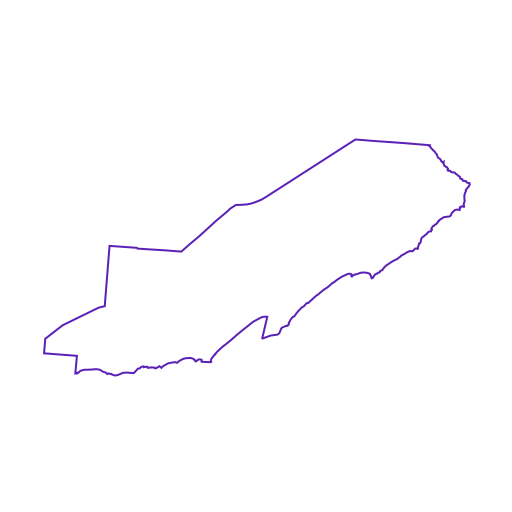 Bayside (Vic.), Victoria, Australia, rotated 266°
{"feature_id": "25037944B24270951064752", "entity_name": "Bayside (Vic.)", "entity_type": "district", "adm_level": 2, "iso_a3": "AUS", "parent_name": "Australia", "parent_adm1": "Victoria", "projection": "orthographic", "projection_center": [145.013, -37.94], "detail": "fine", "context": "isolated", "style": "outline", "palette": "violet", "viewbox_px": 512, "rotation_deg": 266, "n_neighbors": 0, "source": "geoboundaries", "source_scale": "gbopen_adm2", "svg_char_len": 6132}
<svg xmlns="http://www.w3.org/2000/svg" viewBox="0 0 512 512"><g transform="rotate(266 256 256)"><path d="M151.6,67.6L152.0,68.8L151.2,69.1L151.3,69.7L152.2,70.7L152.5,71.4L153.0,71.9L153.4,72.4L153.8,73.1L154.5,76.7L154.3,79.7L154.2,85.0L154.3,85.8L154.2,86.6L154.3,88.4L154.0,90.0L153.7,91.5L153.1,92.7L152.8,93.4L151.9,94.3L151.5,94.9L150.9,96.0L150.5,97.3L149.9,98.4L149.5,98.8L148.6,99.4L148.6,99.7L148.9,100.1L149.1,100.6L149.1,101.1L148.2,103.3L148.3,103.7L147.8,104.2L146.7,106.7L146.7,108.6L146.9,109.2L147.0,110.1L148.7,115.2L148.7,116.7L148.8,118.4L148.7,119.1L148.6,119.9L148.5,120.6L148.3,121.4L148.0,123.9L147.7,125.4L147.9,126.2L149.3,127.6L150.6,129.1L151.6,130.0L151.9,130.5L151.9,131.2L151.8,131.7L152.6,132.8L153.2,133.7L153.6,134.8L153.7,135.5L153.7,136.2L153.5,136.4L152.9,136.4L153.1,137.6L153.2,139.6L153.0,139.9L152.0,140.2L152.1,141.7L152.0,143.4L152.2,143.9L151.7,147.0L151.2,147.2L150.9,147.7L151.0,148.3L151.5,149.4L151.8,150.1L152.8,152.0L151.0,153.9L152.0,154.8L153.1,156.5L153.6,157.8L154.9,160.4L155.1,161.1L155.5,164.2L155.6,165.7L155.7,166.5L155.7,168.1L155.4,168.8L155.0,169.3L155.0,170.0L156.3,171.5L158.1,175.2L158.6,177.0L159.0,179.4L158.9,180.9L158.9,181.8L158.9,182.6L158.7,184.0L158.4,185.0L157.8,186.2L157.0,187.4L156.4,187.4L156.1,188.0L155.7,188.3L155.1,188.3L155.1,189.0L156.3,190.6L156.6,191.2L156.8,191.9L156.8,192.8L156.7,193.5L156.4,194.1L156.0,194.6L154.8,194.3L154.4,194.3L154.2,194.9L153.9,197.5L153.6,200.2L153.5,201.0L153.2,203.5L153.5,203.8L153.7,203.5L155.0,203.7L156.3,204.2L156.9,204.6L161.1,208.4L160.9,208.6L162.8,210.1L166.4,214.5L168.3,217.0L168.8,217.7L169.3,218.6L172.4,223.1L174.9,226.5L178.4,231.1L182.5,236.8L190.4,248.3L191.0,249.4L194.2,256.5L194.8,258.5L194.8,261.1L194.6,263.0L173.8,256.6L173.6,256.5L173.4,256.6L173.3,256.8L173.3,257.0L175.6,265.0L176.1,271.9L176.4,272.6L176.9,273.3L177.6,274.0L181.7,276.0L182.5,276.6L182.7,277.1L184.3,281.3L184.2,281.5L184.3,281.7L184.1,282.1L184.1,282.4L184.2,282.7L184.5,282.9L185.1,283.3L185.3,283.8L185.6,284.0L187.2,284.1L187.6,284.6L188.2,284.9L189.4,285.6L191.0,286.9L192.0,287.8L192.9,288.8L192.9,289.5L193.2,290.1L195.6,292.0L196.1,292.5L197.6,293.8L199.8,296.3L200.8,297.3L201.2,297.8L201.6,298.3L202.2,299.6L202.5,300.3L203.5,301.2L205.3,303.1L205.5,303.7L205.4,304.7L205.9,305.2L206.7,306.3L208.6,308.8L211.1,311.9L212.7,314.1L213.3,315.4L215.4,318.1L216.5,319.8L217.8,321.4L218.0,322.1L218.4,322.7L219.4,324.5L220.9,326.8L223.0,329.4L223.8,330.6L224.1,330.9L224.2,331.3L224.2,331.9L224.2,332.0L225.1,333.0L226.3,334.7L227.1,336.1L228.0,337.8L228.4,338.3L229.6,340.8L230.4,343.0L231.2,344.9L231.8,347.0L231.8,347.7L231.6,348.9L231.1,349.9L230.8,350.1L230.4,350.4L230.0,350.3L229.7,350.0L229.4,349.7L229.0,349.9L228.9,350.3L229.1,350.4L229.5,350.5L229.8,350.7L229.9,351.3L229.8,351.8L230.4,352.6L230.8,353.7L230.7,354.9L231.2,356.6L231.8,358.4L232.0,359.0L232.0,360.4L232.0,362.7L231.9,363.3L231.4,365.7L231.1,366.7L230.6,367.7L230.4,368.2L229.9,368.5L229.5,368.4L228.3,369.2L227.4,369.5L226.1,369.6L225.6,370.1L225.8,370.7L226.2,371.0L226.5,371.4L227.5,372.2L227.8,372.2L228.2,372.5L228.5,372.9L229.0,373.3L229.4,373.8L229.5,374.4L229.8,374.7L229.9,375.4L230.7,376.3L230.8,377.0L230.8,377.6L231.0,378.1L232.0,378.5L232.7,379.7L233.1,381.0L233.7,381.4L235.7,383.2L236.6,384.2L237.4,385.3L238.2,386.4L238.8,387.7L240.2,390.0L240.9,391.3L241.8,393.2L242.9,395.9L243.0,396.6L243.4,397.1L243.9,397.6L244.3,398.2L244.6,398.8L244.9,399.5L245.8,400.4L246.6,401.6L247.6,404.1L249.1,406.8L249.4,407.6L250.2,409.8L249.8,412.3L249.9,412.7L252.2,415.2L252.3,416.3L252.1,417.1L251.8,417.7L252.1,418.1L253.1,418.0L257.2,419.7L257.1,420.2L257.2,420.3L257.4,420.6L258.3,421.1L258.7,421.4L260.2,421.6L262.2,422.4L262.7,422.8L263.6,423.9L263.8,424.6L265.4,426.7L266.1,427.9L266.6,428.4L267.2,428.6L267.6,429.1L268.2,430.4L268.4,431.2L268.4,432.4L268.9,432.5L270.0,433.3L270.4,432.8L271.0,432.8L273.2,434.4L273.6,434.9L273.8,435.7L274.7,436.7L275.3,438.0L275.7,438.5L276.3,438.8L276.6,439.5L277.8,440.1L277.9,440.6L278.5,440.8L278.8,441.4L279.3,441.8L279.6,442.5L280.0,443.0L280.6,444.5L281.1,444.9L281.6,446.3L281.7,447.1L281.8,449.2L281.9,450.1L281.9,451.0L282.0,451.8L282.3,452.5L282.8,453.0L283.3,453.4L284.6,454.0L285.7,454.8L286.0,455.4L287.5,456.9L287.8,457.5L288.2,459.0L288.3,459.9L288.2,460.8L288.1,461.6L287.6,462.0L287.7,462.4L288.5,462.4L289.1,462.7L289.9,463.3L290.5,462.9L290.9,463.6L291.1,465.0L291.0,465.7L290.5,466.8L290.8,467.0L291.3,467.1L292.0,466.8L292.7,466.7L293.5,466.9L295.5,467.7L297.0,468.1L297.7,467.9L298.4,467.9L301.1,468.0L302.7,468.3L303.4,468.5L304.0,468.9L304.7,469.1L305.3,469.5L305.8,469.9L307.1,469.8L307.7,470.2L308.0,470.8L308.6,471.1L309.7,472.1L309.9,472.5L310.1,472.8L310.6,473.0L311.6,473.8L312.0,473.9L312.5,474.2L313.0,474.1L313.3,473.9L313.7,474.1L314.0,473.7L314.0,473.0L314.2,472.7L314.3,472.3L314.6,471.5L314.9,471.1L316.1,470.6L316.2,470.0L316.3,469.5L316.4,468.0L316.8,467.6L317.6,467.1L318.1,467.2L318.5,466.2L318.7,465.6L319.0,465.2L319.4,465.1L320.5,465.1L321.4,464.2L322.0,463.2L323.1,462.4L323.8,461.3L324.7,460.4L325.3,460.1L325.6,459.6L325.7,458.0L326.0,456.7L326.4,456.4L327.4,455.7L327.5,455.3L327.4,454.8L327.8,453.5L328.0,453.2L328.3,453.1L328.9,453.3L329.2,453.7L329.6,453.7L330.5,453.0L331.0,452.8L331.3,452.6L331.3,452.0L332.8,450.7L332.8,450.3L334.7,449.7L335.5,449.5L336.9,449.8L336.8,449.6L336.3,449.3L335.9,448.9L336.2,448.6L336.7,448.4L337.3,448.0L337.4,447.6L339.5,446.7L340.0,446.3L341.2,444.7L341.8,444.3L343.5,443.7L344.4,443.6L345.0,443.3L345.4,442.9L346.5,442.1L347.1,441.9L348.1,441.1L348.7,440.7L349.0,440.2L349.5,439.7L350.1,439.4L351.0,438.5L352.1,437.8L352.7,437.6L353.4,437.0L353.5,436.7L354.4,437.1L358.5,410.1L362.5,381.7L365.3,363.3L314.2,270.1L312.0,265.7L310.7,262.1L309.4,257.8L308.6,254.4L308.1,250.7L308.1,243.9L308.3,239.5L304.9,233.3L303.6,231.9L301.8,229.6L293.7,218.4L288.1,211.4L279.9,201.0L272.1,190.3L265.6,181.8L267.9,166.3L271.6,138.5L271.8,138.2L272.4,137.7L272.5,137.4L276.3,110.6L216.5,101.6L215.4,95.3L200.4,58.3L188.1,39.9L186.1,39.7L173.7,37.8L168.9,70.4L151.6,67.6Z" fill="none" stroke="#5b21b6" stroke-width="2"/></g></svg>